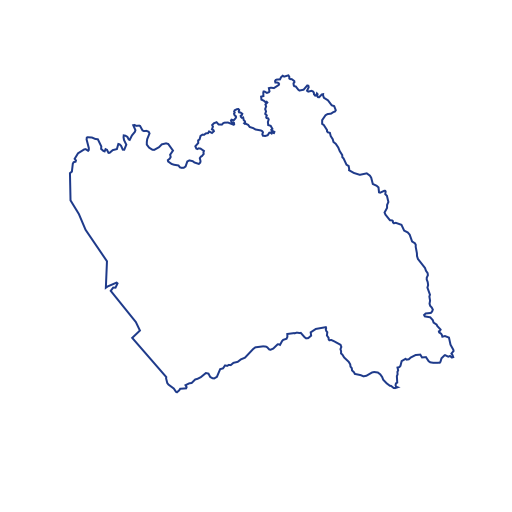 the district of Hakha, Chin, Myanmar, rotated 155°
{"feature_id": "60261553B91300055563286", "entity_name": "Hakha", "entity_type": "district", "adm_level": 2, "iso_a3": "MMR", "parent_name": "Myanmar", "parent_adm1": "Chin", "projection": "mercator", "projection_center": [93.452, 22.539], "detail": "fine", "context": "isolated", "style": "outline", "palette": "blue", "viewbox_px": 512, "rotation_deg": 155, "n_neighbors": 0, "source": "geoboundaries", "source_scale": "gbopen_adm2", "svg_char_len": 6118}
<svg xmlns="http://www.w3.org/2000/svg" viewBox="0 0 512 512"><g transform="rotate(155 256 256)"><path d="M183.2,77.2L184.3,78.3L184.1,80.0L183.0,81.4L181.5,81.6L179.1,87.6L177.7,88.9L176.8,91.2L175.5,92.3L174.9,95.1L173.1,94.7L171.5,95.4L168.4,99.2L163.9,99.6L163.3,98.4L161.2,97.8L158.7,98.6L153.2,98.8L148.8,97.2L148.4,93.9L144.7,92.5L144.0,87.7L143.0,86.0L140.5,84.3L134.6,81.6L133.5,82.2L131.1,84.9L127.1,86.3L126.6,86.3L124.3,83.5L122.4,83.4L121.4,81.2L120.0,81.0L119.8,83.1L120.1,85.0L117.1,86.4L116.8,87.6L117.2,93.4L115.6,100.5L118.6,103.6L121.2,104.1L120.9,106.1L121.1,107.4L122.3,109.3L122.1,110.4L120.8,110.5L119.8,111.3L121.3,115.9L121.3,117.5L123.2,120.6L122.9,123.2L124.0,126.8L128.5,129.9L128.6,131.5L126.5,132.2L121.6,130.5L119.8,131.3L118.4,132.7L118.5,135.1L119.2,137.2L118.9,139.4L117.1,142.0L116.0,146.0L114.7,147.4L114.0,154.9L112.3,156.9L111.4,159.8L111.2,162.6L110.4,164.2L108.3,166.0L107.7,168.0L108.2,170.8L107.9,173.7L110.5,184.9L110.1,187.9L109.0,190.5L107.4,196.8L106.5,198.6L106.6,200.4L108.4,203.2L107.7,210.4L108.5,213.2L111.0,216.4L111.0,222.8L115.3,227.0L117.2,227.4L117.7,228.5L117.2,229.8L117.6,230.7L119.5,231.8L121.2,238.8L121.1,241.1L116.9,244.2L115.6,246.9L113.2,249.0L111.9,255.2L112.7,257.4L111.3,259.6L111.3,260.4L112.1,260.9L116.7,260.9L117.6,261.7L116.0,266.4L117.0,268.7L119.7,271.9L118.5,278.3L118.8,280.7L120.7,284.1L127.6,285.7L132.2,289.9L135.4,294.4L134.8,295.4L134.0,298.4L135.4,300.5L135.4,307.5L136.0,308.9L135.2,311.1L135.8,315.6L135.6,319.6L136.3,324.0L137.6,326.6L137.1,329.4L137.6,333.1L137.0,336.4L138.7,337.8L138.9,339.1L138.4,340.1L139.2,346.0L140.2,347.8L138.6,351.2L133.5,354.2L131.2,354.4L127.8,353.3L125.4,353.7L123.3,353.6L122.1,354.4L121.8,358.8L123.7,360.6L125.0,366.7L127.6,370.7L127.3,373.5L126.8,374.3L128.1,374.6L131.7,373.2L132.7,373.8L132.9,375.2L131.8,376.6L132.1,377.6L133.7,376.0L134.6,376.3L135.1,378.1L134.6,379.4L134.7,380.8L135.8,382.2L139.2,382.9L139.9,384.2L136.9,386.7L136.6,388.2L137.5,388.9L142.6,386.6L146.7,387.6L147.4,388.9L148.3,392.8L149.6,393.8L149.6,395.0L149.0,396.7L147.7,397.3L147.4,398.4L148.9,401.2L150.2,401.8L150.8,402.8L150.1,404.3L150.3,406.0L154.7,406.7L155.6,408.1L157.8,407.4L159.6,405.9L162.5,407.1L163.7,407.2L164.8,406.5L165.1,405.0L163.5,404.3L162.5,403.2L162.4,402.1L163.1,401.4L168.8,400.6L171.3,402.2L173.4,402.7L174.2,399.5L175.1,399.0L177.2,399.2L178.7,401.4L179.6,401.9L180.3,401.1L181.7,397.8L184.0,398.3L185.0,395.4L183.3,393.5L182.5,391.6L181.2,391.4L180.9,390.3L183.4,389.4L183.6,387.3L185.6,385.3L185.8,382.8L187.6,380.9L186.8,378.9L188.1,377.5L188.1,376.5L186.8,375.6L186.8,374.4L188.6,372.4L189.6,369.5L187.7,367.8L187.4,364.3L188.8,363.9L188.8,363.2L186.9,360.7L187.8,359.8L189.7,361.3L190.2,360.6L191.0,361.9L191.9,362.1L194.4,360.5L197.0,360.9L198.9,362.1L198.8,363.7L197.4,365.2L197.6,366.5L198.5,367.7L203.0,370.9L204.5,373.1L207.2,375.6L207.7,378.2L209.5,380.3L210.2,380.4L210.6,381.3L209.4,381.6L209.1,382.7L209.7,384.4L209.1,387.0L210.4,387.2L210.9,388.6L210.6,389.6L209.1,389.8L208.3,390.7L209.4,392.6L210.6,393.3L210.6,394.2L209.5,395.5L209.9,396.7L211.1,397.1L213.7,397.1L214.8,396.1L214.7,395.0L215.8,394.2L215.9,392.4L215.2,391.3L215.3,390.4L216.1,389.6L218.8,388.4L220.6,389.9L221.5,389.3L221.5,387.1L220.1,386.6L219.7,385.9L220.2,384.5L220.8,384.4L225.0,388.8L228.3,390.2L229.7,390.2L231.4,389.5L234.3,391.0L235.2,393.9L238.1,394.1L240.4,393.2L240.4,391.4L242.4,389.4L241.4,388.1L241.4,386.9L243.9,386.1L245.9,388.7L247.5,387.6L249.6,388.3L251.9,387.8L253.2,388.6L255.5,388.3L257.9,385.5L259.6,385.2L260.6,382.8L264.6,381.1L264.7,378.6L263.9,377.7L262.5,377.8L260.9,376.8L258.8,373.2L259.8,372.2L260.3,370.6L262.8,369.4L263.9,369.4L265.6,368.4L266.2,365.4L267.1,364.2L268.9,363.6L272.3,366.8L273.3,368.7L276.0,370.8L278.3,370.7L282.0,366.9L284.2,366.5L286.1,367.3L287.5,368.5L288.0,370.8L291.8,373.4L293.6,375.1L295.7,378.8L295.4,380.1L293.0,380.7L291.5,381.8L291.0,384.1L286.7,386.6L288.2,394.6L289.9,396.1L294.2,397.0L297.9,395.6L303.4,395.2L305.0,396.1L307.1,399.4L307.9,403.1L306.7,405.6L305.2,407.9L300.7,412.1L300.8,414.0L302.4,415.7L304.8,416.6L305.8,417.8L306.1,422.8L306.7,423.5L309.6,424.6L310.7,426.1L312.0,426.4L312.1,421.0L313.3,419.7L317.5,417.7L321.4,414.6L322.1,415.4L322.2,418.3L323.5,420.2L324.9,421.2L325.9,419.5L326.6,416.9L326.5,411.7L330.5,408.0L331.8,408.7L331.7,412.9L332.4,414.8L333.4,415.7L336.9,411.7L341.1,412.5L345.0,411.4L346.1,411.8L346.2,415.2L347.2,416.4L349.0,414.8L349.9,415.7L351.1,418.5L349.9,420.7L350.0,428.6L352.3,430.1L354.6,432.7L358.4,434.8L359.3,434.8L360.3,433.2L361.9,424.5L362.8,422.7L363.7,422.3L365.2,424.8L366.7,425.2L373.9,424.3L379.3,420.7L378.8,418.7L379.7,417.7L381.6,418.1L383.0,417.1L387.2,410.3L389.6,409.7L400.6,384.8L398.8,368.9L399.4,351.8L393.3,314.2L405.5,290.7L403.4,291.1L393.6,290.8L393.1,289.7L396.7,286.7L398.8,287.7L402.4,285.8L392.8,246.9L392.7,237.5L402.8,234.1L388.5,184.2L389.2,183.1L390.1,178.4L389.7,176.5L386.5,170.6L385.9,166.7L385.2,165.9L382.4,166.7L380.8,167.7L375.3,165.6L374.3,166.5L374.5,168.7L370.3,168.8L368.0,168.1L363.3,169.8L360.9,169.4L357.2,169.5L350.9,171.1L348.8,169.5L348.6,165.7L347.1,163.6L345.6,162.7L342.5,163.0L336.3,168.6L333.4,168.1L330.3,169.9L328.5,168.6L326.7,168.8L325.0,167.8L321.6,168.7L317.3,167.8L313.3,168.7L309.0,168.5L297.9,172.9L295.2,173.5L287.7,171.1L285.3,169.7L284.4,168.5L283.5,165.7L282.5,164.9L279.5,164.8L273.7,166.8L272.5,166.2L271.8,165.3L268.3,167.9L266.8,168.5L263.3,168.1L261.7,169.5L260.6,172.1L254.0,170.0L253.7,169.6L251.4,169.3L248.8,167.6L247.9,167.4L246.3,161.9L245.4,160.2L243.4,159.5L239.7,160.5L238.7,163.7L232.6,164.6L222.8,162.0L222.9,161.0L223.8,159.9L224.0,158.4L223.6,156.8L225.3,154.0L224.8,151.2L225.4,149.6L225.1,148.6L223.3,148.1L221.5,146.0L216.9,139.8L217.1,137.5L218.8,135.9L219.1,133.8L220.1,131.7L219.4,130.2L219.0,126.8L216.7,120.9L216.4,118.0L217.1,115.8L216.6,113.9L217.3,111.7L216.3,109.1L216.3,107.4L211.5,103.8L209.4,101.5L206.5,100.8L200.0,101.4L197.9,100.9L194.8,98.9L193.4,96.2L192.8,93.0L193.0,90.1L191.4,85.4L189.5,81.8L188.5,81.2L187.0,78.2L185.8,77.5L183.2,77.2Z" fill="none" stroke="#1e3a8a" stroke-width="2"/></g></svg>